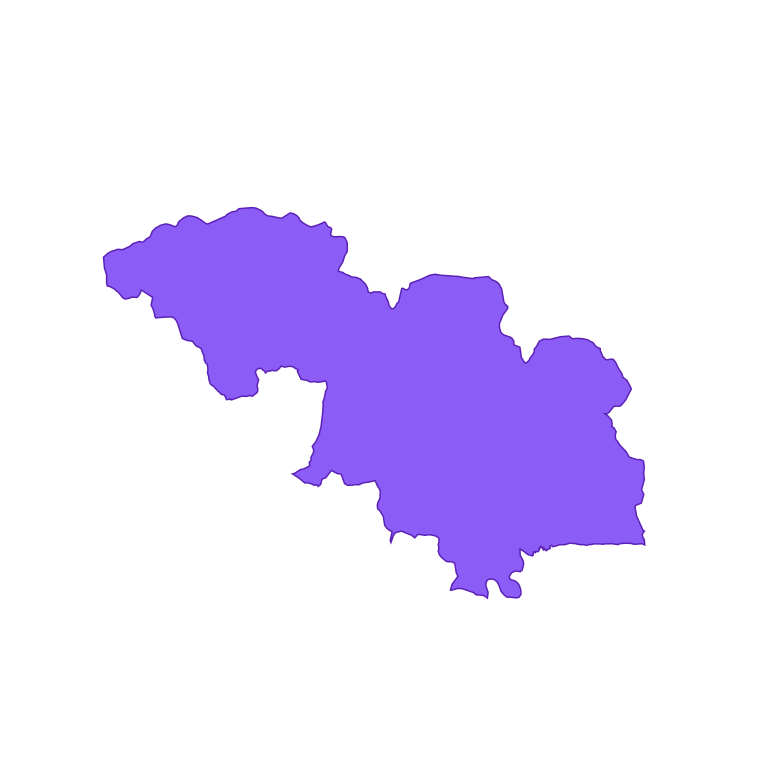 Medias, Sibiu, Romania, rotated 120°
{"feature_id": "2599482B70504511793246", "entity_name": "Medias", "entity_type": "district", "adm_level": 2, "iso_a3": "ROU", "parent_name": "Romania", "parent_adm1": "Sibiu", "projection": "mercator", "projection_center": [24.355, 46.136], "detail": "fine", "context": "isolated", "style": "filled", "palette": "violet", "viewbox_px": 768, "rotation_deg": 120, "n_neighbors": 0, "source": "geoboundaries", "source_scale": "gbopen_adm2", "svg_char_len": 6156}
<svg xmlns="http://www.w3.org/2000/svg" viewBox="0 0 768 768"><g transform="rotate(120 384 384)"><path d="M437.5,672.6L436.7,670.5L436.5,665.4L437.6,659.3L440.0,653.3L439.7,650.4L437.1,647.5L434.8,645.8L432.8,641.6L431.6,640.8L427.1,640.5L424.0,641.3L424.6,627.7L432.3,625.0L434.3,621.7L438.3,617.5L439.9,616.4L440.9,614.8L434.5,605.5L432.4,601.9L431.7,599.4L432.7,596.1L434.9,592.8L445.4,581.4L444.8,576.6L442.8,571.2L445.0,565.6L444.6,561.1L444.9,560.0L450.2,553.5L453.3,551.5L453.8,550.1L454.7,549.6L455.5,546.9L456.3,546.0L459.4,543.8L462.6,542.4L465.3,539.5L468.2,537.4L470.7,534.5L471.1,533.2L471.2,530.6L473.3,523.8L473.7,521.2L474.4,519.9L473.5,517.4L473.6,516.1L476.3,512.6L473.6,509.1L474.2,508.6L473.4,507.6L465.8,501.2L463.1,496.3L461.1,494.7L460.5,492.0L455.1,489.7L453.5,489.8L450.7,491.3L449.8,492.6L447.9,493.4L443.0,494.7L441.0,497.9L438.0,501.3L436.4,501.7L433.7,500.9L431.8,498.0L432.6,495.6L432.4,493.9L433.7,492.2L431.2,491.3L429.2,488.5L427.9,487.8L427.7,486.3L426.2,483.7L422.5,482.3L420.1,482.3L419.0,478.4L416.0,474.9L415.0,472.7L414.5,470.9L414.9,468.8L414.5,465.7L416.3,465.4L421.4,458.1L419.4,452.7L419.1,448.8L416.1,444.4L416.0,443.1L415.2,441.6L411.8,437.4L410.8,436.9L410.9,436.0L411.5,434.5L415.8,431.1L419.6,430.9L425.3,428.9L430.7,427.7L431.3,426.9L439.6,422.7L452.7,417.1L460.8,414.8L468.3,414.2L473.8,415.0L476.2,412.0L478.4,410.9L484.3,410.5L486.5,409.0L489.2,409.6L492.1,407.5L497.6,411.0L499.8,413.5L506.2,416.8L507.6,418.3L508.0,410.4L509.3,403.1L507.6,400.5L506.7,396.3L506.7,394.2L504.9,391.3L504.9,390.6L505.6,389.8L502.6,388.6L498.8,389.8L496.7,389.7L494.5,387.6L485.2,386.3L484.9,379.7L483.5,376.0L489.6,368.8L490.0,368.0L489.9,364.8L487.2,360.6L485.1,358.1L484.0,355.5L480.3,352.9L476.5,348.1L472.1,343.3L475.4,339.0L477.4,335.1L478.8,333.6L484.7,330.5L490.3,329.9L492.5,329.1L495.2,327.1L495.9,324.2L499.0,318.4L506.1,312.7L507.5,309.5L508.0,305.7L507.9,303.1L516.4,300.4L517.8,298.7L510.8,300.0L508.1,300.0L505.7,298.6L502.7,295.3L502.3,294.4L502.5,293.5L501.2,284.7L501.8,280.4L497.7,279.6L496.5,277.9L494.5,272.8L492.3,270.1L491.1,267.7L489.9,263.7L489.8,259.8L492.6,257.7L496.0,256.7L498.5,254.5L501.6,253.5L504.2,250.6L505.5,247.3L506.4,241.5L505.9,239.7L503.9,236.2L504.0,233.0L511.4,227.0L513.5,223.8L523.6,224.9L529.3,223.4L529.3,222.9L524.0,217.7L522.1,213.8L519.8,201.9L520.4,199.9L520.3,198.2L518.3,194.5L517.3,191.2L517.7,187.4L512.4,189.7L507.9,194.8L505.0,196.3L502.7,196.4L501.1,195.9L500.3,195.2L498.5,192.1L498.3,190.6L498.7,187.5L501.2,183.3L504.8,179.3L506.2,175.9L507.1,172.0L506.7,170.0L505.6,168.3L503.2,162.7L501.4,160.5L497.6,160.2L493.7,162.8L490.8,166.1L489.5,168.7L489.3,169.7L489.1,172.4L490.1,176.8L488.7,179.1L485.7,179.3L483.5,178.9L481.4,177.7L479.7,175.7L478.5,172.2L476.1,171.3L470.0,173.1L467.6,175.0L464.1,180.5L459.0,183.8L458.8,183.4L459.1,178.8L459.8,174.1L458.6,169.6L457.5,169.2L454.8,170.7L454.2,169.9L454.4,168.7L453.0,168.9L452.8,167.6L452.0,166.7L449.7,166.5L448.9,167.7L448.1,166.8L446.2,167.3L446.1,166.3L447.2,164.6L446.1,164.5L445.8,163.9L447.8,162.8L446.6,162.1L446.4,161.4L447.1,161.1L447.2,160.1L445.8,159.7L443.5,157.9L442.8,158.1L442.3,159.3L441.3,159.3L440.0,158.0L440.7,157.0L439.1,154.8L435.5,151.7L432.6,146.9L428.2,142.8L428.2,141.8L426.2,137.7L426.1,136.4L425.4,135.2L425.1,133.7L423.2,130.7L422.8,128.9L422.0,127.4L420.3,126.0L419.7,124.6L417.3,122.0L414.2,116.4L413.5,114.5L411.9,112.6L408.4,106.8L406.0,100.9L404.3,99.8L401.3,95.5L398.5,90.3L398.0,88.0L397.0,86.1L393.3,80.7L393.0,77.7L388.7,80.7L388.0,81.7L388.0,82.5L385.6,84.8L383.8,85.2L381.2,84.9L381.1,86.7L372.1,99.2L365.2,105.0L363.9,105.4L363.0,105.1L358.4,101.6L349.7,103.8L347.0,107.8L346.3,108.2L336.4,110.8L332.0,114.2L325.8,117.1L321.9,120.0L320.9,121.2L321.3,124.2L323.0,127.1L324.5,133.9L324.5,135.4L321.6,140.4L319.0,149.1L316.8,153.4L316.3,155.4L312.7,158.2L309.2,159.1L308.9,160.1L307.2,162.2L306.8,165.6L304.7,166.3L301.5,169.0L299.7,174.1L299.3,177.8L298.1,175.9L296.2,175.0L288.2,173.7L285.6,169.2L284.1,167.9L276.8,166.7L264.9,167.3L264.0,168.1L259.5,175.1L258.7,180.4L256.3,182.9L252.7,189.6L249.4,194.3L248.0,197.8L249.2,200.1L251.4,202.7L252.1,204.7L251.1,206.4L251.1,207.9L246.6,213.7L245.2,214.4L245.6,218.1L245.0,220.7L243.7,223.5L244.0,227.3L243.8,229.2L244.9,233.2L247.4,238.8L250.4,243.1L250.5,244.6L249.9,247.6L254.8,254.8L262.3,262.5L265.4,268.3L269.2,270.9L275.1,270.7L278.5,271.3L281.1,270.0L283.1,269.8L287.9,270.4L291.5,270.3L294.3,271.3L295.3,272.6L292.3,278.3L284.2,284.7L285.2,291.1L282.0,293.0L280.5,295.9L280.3,298.0L281.5,304.1L281.6,306.2L280.7,308.8L277.0,312.5L274.0,314.2L265.3,315.5L256.6,314.7L254.9,315.7L254.1,319.5L253.0,321.2L242.8,329.7L240.1,334.0L239.3,336.5L239.3,340.0L239.8,342.7L238.7,347.1L247.0,359.0L247.7,358.8L248.4,360.0L253.1,371.4L253.5,373.4L254.9,375.1L254.7,375.3L261.7,389.9L263.4,394.6L267.1,398.9L274.6,404.1L283.7,411.6L288.0,410.2L290.6,410.9L291.5,412.1L291.7,415.7L292.5,416.4L305.7,412.3L307.7,413.1L312.2,412.8L314.7,414.0L314.9,414.9L314.7,416.5L313.1,419.3L310.5,421.6L307.2,426.5L305.5,428.0L306.3,430.3L306.1,433.2L309.6,439.3L311.6,440.5L312.1,443.1L311.9,444.0L309.1,446.3L306.8,449.9L304.9,457.1L305.6,461.4L307.4,465.3L307.6,468.9L308.3,473.0L308.0,475.2L309.2,479.9L306.1,480.9L299.1,480.7L292.3,482.2L287.7,482.1L280.7,486.0L279.3,487.4L277.0,490.7L276.8,492.5L278.5,496.2L281.5,500.7L282.1,504.0L281.3,504.9L275.9,506.9L275.3,508.7L275.8,511.4L273.4,515.7L273.5,516.6L278.8,520.3L284.5,525.7L285.0,529.2L285.0,534.9L284.2,538.5L282.6,540.9L281.7,544.2L281.8,548.1L283.0,551.0L291.0,555.1L292.3,556.8L294.9,565.0L296.6,568.8L296.4,572.3L295.5,574.9L295.2,577.7L295.7,582.9L297.3,586.6L304.7,597.3L308.2,598.4L310.8,601.6L315.6,604.7L318.0,605.2L333.7,616.7L334.1,620.1L333.5,623.5L333.3,629.1L334.9,635.1L336.8,638.3L340.2,640.6L345.3,642.6L347.2,642.9L349.5,642.4L352.2,643.3L353.3,649.7L354.5,653.1L358.3,656.9L363.4,659.9L367.8,661.0L373.0,660.1L377.6,662.4L381.5,663.6L382.2,664.5L382.7,666.8L383.5,667.7L388.0,671.6L392.1,673.1L398.4,677.6L400.4,681.8L406.0,686.8L409.0,688.5L414.4,690.3L423.2,684.2L428.3,678.7L435.3,674.7L437.5,672.6Z" fill="#8b5cf6" stroke="#5b21b6" stroke-width="1.5"/></g></svg>